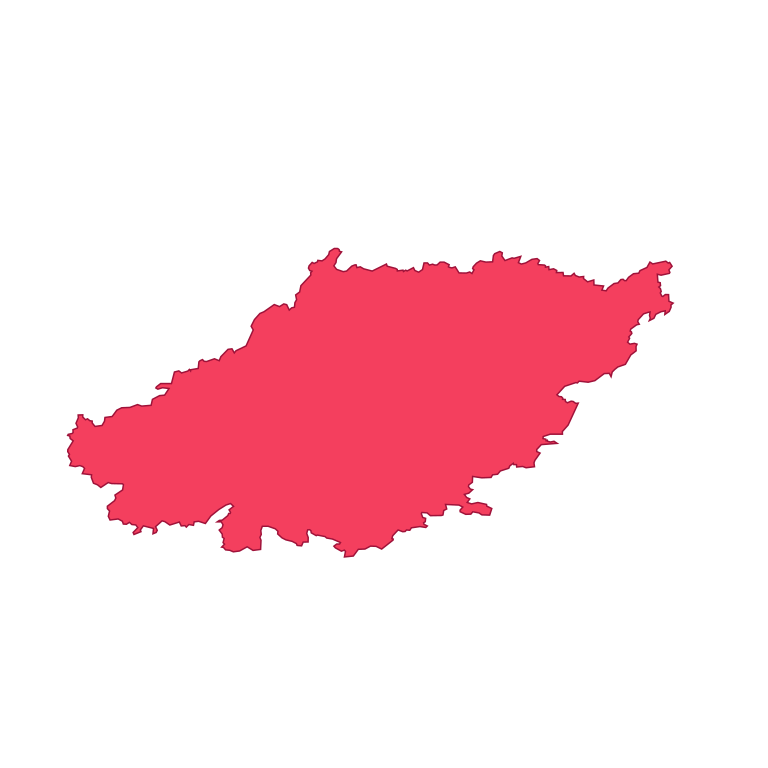 outline of Bailieborough - Cootehill Lea-6, Cavan, Ireland, rotated 321°
{"feature_id": "5873133B65696194477644", "entity_name": "Bailieborough - Cootehill Lea-6", "entity_type": "district", "adm_level": 2, "iso_a3": "IRL", "parent_name": "Ireland", "parent_adm1": "Cavan", "projection": "equal_earth", "projection_center": [-7.085, 53.987], "detail": "fine", "context": "isolated", "style": "filled", "palette": "rose", "viewbox_px": 768, "rotation_deg": 321, "n_neighbors": 0, "source": "geoboundaries", "source_scale": "gbopen_adm2", "svg_char_len": 6142}
<svg xmlns="http://www.w3.org/2000/svg" viewBox="0 0 768 768"><g transform="rotate(321 384 384)"><path d="M133.9,229.2L132.3,227.4L131.7,224.5L129.5,223.9L129.1,220.1L130.5,218.4L126.8,215.6L125.2,217.9L119.9,220.7L118.9,224.6L118.0,225.2L113.5,223.8L111.8,226.1L110.5,226.2L106.9,224.4L105.8,224.9L107.1,226.7L105.8,228.9L106.7,232.6L97.0,236.0L95.6,237.6L95.3,240.7L93.4,241.4L92.6,247.4L88.5,249.6L92.1,253.9L96.3,256.0L97.9,258.6L98.2,261.1L93.1,263.8L99.6,270.5L97.8,272.3L95.8,278.3L97.9,282.0L98.8,286.2L107.6,287.0L109.7,290.0L118.0,297.0L118.1,298.3L114.2,301.8L105.0,301.0L103.8,303.9L101.2,305.1L92.1,304.9L90.6,306.8L90.8,310.0L86.5,313.3L85.5,317.3L92.5,321.6L94.3,326.0L93.3,328.8L95.6,330.9L99.1,331.3L99.6,334.5L102.4,337.3L102.3,340.7L95.6,341.5L95.0,343.6L102.2,345.8L102.8,344.1L107.7,342.8L114.0,351.2L110.2,355.0L113.5,356.0L115.7,355.0L116.7,351.1L125.4,350.7L127.1,353.1L128.8,358.8L138.1,362.5L137.1,366.7L140.2,368.8L140.3,370.8L143.9,370.4L147.0,373.9L149.7,371.7L153.5,374.0L157.4,380.0L166.3,377.6L176.6,377.6L185.0,378.6L189.5,380.3L190.1,384.4L184.4,384.3L184.0,387.1L183.0,387.8L181.8,386.9L179.8,388.0L172.6,388.0L170.2,386.4L167.7,386.2L170.8,388.7L170.3,392.1L167.8,393.8L164.0,393.8L163.8,398.8L162.0,401.4L162.6,403.4L159.1,406.0L159.3,408.1L155.2,408.6L156.4,410.0L156.5,413.2L159.5,416.2L161.3,419.6L166.7,422.9L175.2,424.4L177.5,430.9L184.0,434.9L190.1,428.0L191.0,425.1L193.9,423.7L196.1,420.3L199.9,418.0L204.4,421.6L208.4,428.1L208.9,431.7L207.0,433.6L207.9,439.4L209.7,443.4L213.6,448.5L215.5,452.9L214.9,454.7L215.6,455.5L218.1,457.9L221.7,456.0L225.6,459.0L228.5,455.6L229.9,451.5L232.9,449.3L234.5,450.4L234.9,451.9L233.8,453.9L235.9,459.2L237.1,459.4L242.2,465.5L242.5,467.6L246.4,472.1L250.4,479.8L248.8,480.4L246.5,478.6L243.0,478.5L243.1,480.8L245.7,487.1L248.7,488.2L248.7,489.9L244.4,493.5L251.9,498.4L260.0,496.3L265.4,500.3L271.5,501.5L275.7,505.2L278.3,510.8L292.8,511.0L293.6,510.3L292.8,509.2L295.2,507.4L303.1,506.3L305.6,510.6L307.6,511.9L309.6,511.6L312.0,513.9L314.8,513.0L322.2,517.4L326.2,521.8L328.3,521.6L326.8,518.2L327.5,516.7L329.4,517.0L331.8,514.6L330.1,512.1L331.4,508.3L332.6,507.7L336.4,511.3L337.2,515.5L346.0,522.4L347.4,522.9L350.8,519.9L354.1,520.6L356.0,516.3L366.1,525.3L367.8,529.2L363.7,529.9L362.8,531.2L365.5,536.7L369.6,539.8L372.6,539.2L376.7,544.0L377.7,547.3L383.6,552.4L389.4,548.6L387.0,543.6L387.9,542.1L382.4,535.2L376.6,532.3L374.1,528.4L378.4,527.3L376.8,524.2L377.0,520.4L381.2,522.2L386.4,521.9L385.0,520.1L385.0,517.0L386.3,515.8L390.8,516.0L394.7,511.6L400.9,518.4L408.4,524.0L411.2,522.9L415.5,525.6L419.7,524.8L428.0,528.0L430.2,526.8L434.6,527.0L434.1,528.3L436.2,530.0L434.9,532.0L439.9,535.4L441.7,538.5L448.9,543.0L450.9,539.7L453.2,538.3L461.8,535.9L460.2,532.6L461.5,531.0L468.1,530.1L481.2,539.1L480.1,535.5L476.8,533.8L475.1,531.5L475.5,530.5L474.3,530.2L475.0,528.7L473.2,526.5L474.7,525.0L481.6,527.6L491.1,535.3L492.7,533.2L501.2,531.8L522.9,521.1L520.8,519.7L520.0,516.6L518.6,515.1L514.7,514.0L514.0,511.8L515.1,510.1L513.1,508.3L514.0,507.6L513.9,505.6L512.1,503.8L511.6,501.2L523.0,499.5L533.9,503.6L535.0,504.9L537.4,504.6L543.8,511.1L550.0,514.1L561.7,514.5L565.8,517.5L565.1,521.2L568.9,518.3L572.5,517.9L576.4,517.9L584.0,520.6L594.1,516.7L600.8,516.9L603.4,513.5L605.7,512.3L604.2,510.0L600.2,507.8L599.6,504.8L603.7,503.0L603.8,501.5L608.4,500.7L609.1,499.2L608.6,497.8L610.3,496.6L617.6,497.0L620.0,498.2L620.4,495.3L622.0,494.0L629.8,492.8L634.2,494.5L636.1,495.5L633.5,497.8L632.3,500.5L630.1,501.7L635.1,502.8L639.1,500.9L644.6,502.1L648.6,504.1L646.0,506.7L651.4,507.1L655.4,505.0L656.7,503.2L659.6,503.1L657.5,499.0L661.4,493.6L658.9,491.5L655.8,491.5L655.2,490.5L656.0,487.1L657.6,486.6L658.9,483.7L658.6,481.6L660.8,481.6L662.4,479.1L661.0,477.2L665.5,470.7L667.8,473.8L675.4,477.6L676.4,477.2L677.2,474.6L682.0,473.8L682.5,469.3L681.0,468.9L680.3,465.9L668.4,459.8L667.4,456.6L661.7,458.9L654.3,457.0L651.7,458.2L647.3,455.3L641.2,455.0L637.3,456.1L636.0,455.1L635.7,453.1L633.8,451.9L629.4,452.7L626.0,450.7L618.5,450.4L615.3,451.4L612.4,448.2L616.3,446.0L609.5,439.2L612.5,435.2L606.5,432.7L605.4,427.6L606.8,426.1L603.0,423.7L601.0,420.1L601.4,417.6L597.3,417.7L591.6,412.9L593.3,410.0L588.1,405.9L589.7,404.5L588.3,401.2L584.2,399.0L585.9,396.4L583.0,394.8L583.9,393.7L583.5,392.5L579.0,388.3L579.4,387.2L582.6,385.9L581.9,382.9L577.4,380.2L570.3,379.1L566.2,377.2L564.8,374.3L570.6,370.9L564.2,368.2L562.9,366.6L555.7,364.2L556.1,358.7L558.5,356.5L557.4,353.9L552.1,352.4L549.9,353.0L545.3,357.4L539.9,353.4L536.4,348.9L531.9,348.3L527.2,349.0L525.5,350.1L525.8,351.9L521.9,353.5L521.1,350.9L517.8,349.6L512.2,344.9L513.1,337.8L509.8,336.5L508.2,334.4L507.8,333.5L509.7,332.3L507.4,327.1L504.3,324.6L500.2,324.9L498.3,323.5L497.2,321.5L494.1,320.1L494.0,317.3L491.3,315.1L485.9,319.3L481.3,318.9L479.4,315.2L480.1,312.1L473.1,310.7L472.5,309.2L469.9,308.8L470.4,307.5L465.5,304.5L466.4,303.3L465.7,301.4L460.6,294.5L461.4,292.3L445.9,288.8L440.7,281.7L439.3,278.0L436.2,276.5L437.3,273.8L436.1,273.0L433.1,272.1L426.0,272.7L423.0,271.0L419.3,265.1L419.4,260.6L423.1,259.4L425.9,256.8L434.2,254.6L432.9,252.8L433.7,251.4L433.3,249.6L430.7,247.4L425.0,246.7L422.4,248.7L416.9,249.7L413.3,249.3L410.4,246.3L409.2,247.2L405.5,246.3L404.7,244.3L400.2,245.0L398.2,246.4L397.7,249.1L399.0,251.0L397.0,251.4L395.7,253.3L381.3,255.3L376.4,259.4L371.4,259.2L369.1,263.5L366.0,264.7L362.7,268.0L360.2,266.7L356.9,266.9L358.3,261.1L356.5,258.7L351.5,258.1L348.7,253.2L336.1,252.3L332.0,251.1L323.9,252.4L317.1,255.5L316.4,259.7L300.8,267.6L289.9,265.0L287.2,265.6L288.0,261.0L284.6,258.9L274.4,260.1L270.6,262.2L268.1,257.7L260.3,254.9L258.5,253.2L258.3,250.8L255.6,250.1L254.1,250.3L249.4,255.0L242.8,251.3L241.9,252.1L241.9,250.2L239.7,250.5L233.6,248.0L232.8,244.7L228.7,242.8L219.1,249.9L210.7,243.1L205.4,243.0L204.2,243.5L205.0,245.7L209.5,247.5L214.1,252.2L206.5,254.6L202.3,251.8L194.4,250.2L189.6,254.0L181.8,248.7L179.5,244.9L171.8,242.3L165.2,237.4L159.9,236.2L152.3,238.2L146.1,234.4L143.4,237.0L138.8,238.8L132.7,235.1L132.7,230.6L133.9,229.2Z" fill="#f43f5e" stroke="#9f1239" stroke-width="1.5"/></g></svg>